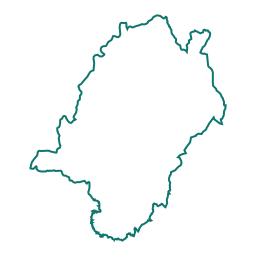 the district of Ambohidratrimo, Analamanga, Madagascar
{"feature_id": "10022922B52736847594449", "entity_name": "Ambohidratrimo", "entity_type": "district", "adm_level": 2, "iso_a3": "MDG", "parent_name": "Madagascar", "parent_adm1": "Analamanga", "projection": "robinson", "projection_center": [47.401, -18.676], "detail": "fine", "context": "isolated", "style": "outline", "palette": "teal", "viewbox_px": 256, "rotation_deg": 0, "n_neighbors": 0, "source": "geoboundaries", "source_scale": "gbopen_adm2", "svg_char_len": 5752}
<svg xmlns="http://www.w3.org/2000/svg" viewBox="0 0 256 256"><path d="M165.4,207.2L167.2,203.1L166.8,200.4L166.9,199.4L167.9,196.2L168.1,193.8L169.5,193.7L168.3,191.9L168.9,190.9L170.1,190.5L170.2,189.7L169.8,188.2L170.0,186.3L169.7,185.6L170.2,182.6L169.3,181.2L168.9,179.1L169.7,175.9L170.7,174.6L171.1,172.1L175.2,170.2L178.1,167.0L180.8,165.2L181.5,163.1L181.1,160.6L180.3,159.3L180.1,158.5L179.4,157.6L178.0,157.2L179.8,155.3L182.2,154.2L185.9,153.2L184.4,150.2L187.3,145.9L190.1,142.4L191.0,137.5L195.9,135.8L196.0,135.2L198.3,133.7L201.6,134.0L202.4,132.6L203.8,131.2L206.0,129.6L206.9,127.4L208.0,125.8L208.8,124.0L213.7,117.4L214.3,119.3L219.9,123.5L222.0,124.0L220.7,119.4L220.8,119.2L222.0,118.9L222.3,118.5L223.8,115.1L224.1,111.1L225.4,108.4L225.6,105.7L225.6,105.3L224.6,105.5L224.0,104.9L224.0,101.8L223.0,99.3L223.0,98.6L221.6,96.7L220.9,94.7L219.4,92.7L216.5,90.5L216.1,88.8L213.3,86.0L213.1,85.5L212.8,81.9L212.9,72.6L212.1,70.2L210.5,68.1L209.5,67.5L208.7,66.7L208.1,65.6L207.0,54.5L204.7,53.9L204.3,53.5L203.0,53.8L201.5,53.4L200.4,52.7L200.4,52.2L201.3,50.7L201.3,49.8L202.3,48.7L202.6,47.3L204.3,46.1L205.3,44.8L207.2,40.4L208.5,38.9L209.3,37.4L209.9,35.8L210.2,33.2L210.0,32.9L209.0,31.8L208.4,31.7L207.9,30.5L206.7,30.4L205.8,30.7L205.2,30.3L205.0,29.9L204.5,29.7L203.5,30.1L203.0,32.3L200.3,33.3L194.9,30.5L194.4,31.5L192.6,31.7L190.7,32.7L190.4,33.3L190.5,34.9L191.1,36.7L191.3,39.0L188.9,40.5L189.0,42.6L188.8,43.1L187.6,43.9L186.6,45.3L187.3,47.8L186.8,51.9L186.1,51.0L184.8,50.0L183.5,49.6L182.3,49.8L181.3,49.5L180.7,48.2L180.2,45.5L179.8,45.1L178.1,44.4L176.1,42.6L175.8,41.5L176.1,40.0L176.0,38.9L174.8,37.8L173.4,35.5L172.0,34.0L171.7,33.3L171.3,29.7L170.3,28.4L170.0,27.0L169.6,26.6L169.1,26.5L168.9,25.4L167.2,22.6L167.6,21.4L167.0,20.2L166.7,18.8L166.8,17.9L166.3,17.0L165.8,16.8L164.3,18.3L163.5,18.4L160.2,15.9L157.6,15.4L156.2,15.6L153.3,17.2L151.6,19.6L148.3,21.3L147.5,23.0L146.0,23.9L143.9,24.5L142.1,24.1L138.9,25.4L136.6,25.9L132.9,27.4L131.9,27.3L130.6,26.5L129.7,26.5L128.0,27.6L127.4,29.0L126.4,26.8L126.4,24.1L126.1,22.9L123.6,23.0L121.2,22.8L120.4,23.5L120.0,24.6L119.6,26.9L120.3,34.0L120.0,35.3L119.5,36.2L118.3,37.1L117.4,37.2L115.4,36.3L113.1,36.1L111.7,39.6L111.3,40.1L108.2,42.0L106.2,45.8L105.4,46.1L103.4,46.2L102.1,46.8L101.5,47.3L101.1,47.9L100.8,48.9L100.7,50.1L100.9,50.8L101.7,52.2L104.3,54.2L104.3,54.7L102.3,56.3L101.7,56.5L99.7,56.3L97.8,54.8L95.0,55.3L93.6,57.0L93.6,59.4L94.2,63.2L93.5,70.4L91.9,70.8L90.1,72.0L87.4,76.6L82.9,81.7L81.0,84.2L79.4,84.9L78.6,85.9L78.4,86.5L79.2,87.9L79.2,89.0L79.4,89.6L81.4,91.8L81.5,93.3L81.1,94.5L80.1,95.4L79.9,95.9L79.8,99.6L78.2,100.7L77.8,101.5L77.7,104.0L77.1,105.8L76.2,107.3L76.2,107.8L76.8,109.0L76.1,112.6L74.9,114.4L73.7,116.7L73.6,117.4L74.0,118.0L74.8,119.0L75.5,119.5L74.8,120.0L73.7,120.2L72.0,122.2L71.1,122.9L70.5,122.9L69.2,122.3L68.0,121.1L66.1,118.0L65.7,116.6L64.4,116.0L63.3,116.3L62.0,118.5L61.6,119.0L60.4,119.6L60.1,120.8L60.2,122.7L59.6,126.1L59.0,127.1L57.4,127.9L57.2,129.0L57.4,130.8L57.5,131.5L57.8,131.7L58.0,132.9L58.8,134.2L59.5,135.7L58.7,138.4L59.7,144.3L60.3,145.2L60.2,146.6L59.8,147.8L57.5,148.9L56.8,150.5L56.6,152.3L56.1,152.7L51.0,151.6L49.5,150.9L47.9,150.7L41.3,151.0L39.5,150.8L38.4,151.2L37.8,152.1L37.3,155.2L33.6,159.7L32.1,161.9L31.5,163.4L30.4,168.0L30.4,168.3L31.7,168.7L33.1,168.8L33.9,168.5L35.7,166.5L36.3,166.4L36.6,166.8L36.6,169.1L38.4,170.8L41.2,171.5L46.3,171.4L47.0,170.7L47.4,170.6L48.6,171.0L49.3,170.7L51.6,170.8L53.9,170.4L54.7,170.5L55.4,171.0L60.7,170.7L61.4,171.1L62.6,174.2L63.5,175.4L66.0,175.8L67.5,176.7L68.9,177.2L69.2,177.7L69.5,179.9L69.8,180.4L70.3,180.6L71.7,180.5L73.2,182.0L73.9,182.4L75.2,182.7L77.2,182.1L79.5,182.2L84.2,180.8L85.4,181.7L86.5,183.4L86.9,183.6L88.2,182.2L88.9,182.0L89.3,182.5L89.5,183.3L89.5,185.2L89.5,187.4L89.0,190.1L88.3,191.9L88.6,193.6L89.1,194.4L90.1,194.9L92.6,198.6L93.4,199.2L94.8,199.4L94.8,199.8L94.3,200.3L97.5,200.9L98.9,201.8L99.1,202.2L98.5,202.8L99.3,203.6L99.5,205.4L99.1,205.9L98.3,206.0L99.4,207.1L99.1,209.0L100.2,209.9L100.6,210.7L100.5,211.5L99.9,211.9L98.8,211.5L97.8,212.0L96.7,211.4L96.6,211.7L96.9,212.5L96.7,212.6L95.6,212.2L95.1,210.7L93.9,210.4L92.2,211.2L92.4,211.4L93.1,211.6L93.8,213.3L92.3,213.5L92.1,215.4L91.1,216.9L91.5,217.3L91.7,218.0L91.2,219.3L91.3,219.7L92.7,220.1L92.0,220.7L91.8,221.2L91.1,221.5L91.1,222.7L92.0,222.8L91.2,223.3L92.2,224.2L92.0,225.0L92.4,225.3L92.3,225.8L92.4,226.8L93.2,227.1L93.1,228.6L94.0,228.7L94.6,230.8L96.7,231.9L96.2,232.7L96.3,233.4L96.7,233.4L97.1,232.7L97.8,232.9L98.5,232.7L98.4,233.7L100.5,234.7L100.5,235.4L100.2,236.4L101.1,236.9L101.4,236.7L101.5,235.3L101.9,235.4L102.4,236.5L102.7,236.6L103.3,234.6L103.9,235.1L105.2,234.7L107.2,235.5L108.1,237.6L108.6,237.6L109.0,237.0L110.4,237.0L112.1,237.8L112.5,239.0L113.7,239.3L114.1,240.0L114.4,239.4L115.9,239.0L116.5,239.1L117.0,239.5L118.1,238.5L118.5,238.6L119.1,239.4L120.5,239.8L121.4,239.7L122.4,240.6L123.7,239.5L124.3,239.3L125.1,238.6L125.6,238.5L125.8,237.9L127.0,237.0L126.8,235.9L127.0,234.7L127.3,234.3L128.0,234.2L128.4,233.7L128.7,234.1L129.1,234.2L130.0,233.4L130.5,234.0L130.5,234.6L130.8,235.3L132.2,235.5L132.5,234.9L132.8,235.1L132.7,235.5L133.2,236.0L133.6,235.8L133.9,236.0L135.2,231.7L134.4,229.0L135.0,228.0L136.1,228.8L136.5,229.5L138.1,231.5L138.9,230.1L139.3,228.5L141.9,224.7L143.4,224.3L146.6,222.2L148.0,221.0L148.0,220.5L150.6,220.8L151.3,220.5L149.4,218.8L150.1,216.1L151.3,214.5L151.4,213.8L151.9,213.8L151.9,213.3L152.7,212.5L153.3,211.1L152.8,209.5L153.0,209.4L152.7,208.9L152.9,207.1L153.3,206.3L153.3,205.5L153.0,204.8L154.2,203.5L155.2,204.1L156.6,204.3L157.6,206.0L158.0,206.2L161.1,204.5L161.5,203.8L162.3,204.0L164.6,206.7L165.4,207.2Z" fill="none" stroke="#0f766e" stroke-width="2"/></svg>